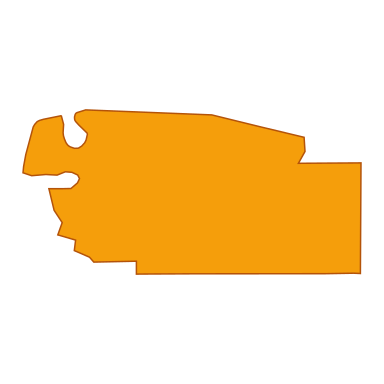 outline of Jefferson, Mississippi, United States of America
{"feature_id": "52423323B23830846230255", "entity_name": "Jefferson", "entity_type": "district", "adm_level": 2, "iso_a3": "USA", "parent_name": "United States of America", "parent_adm1": "Mississippi", "projection": "mercator", "projection_center": [-91.21, 31.74], "detail": "fine", "context": "isolated", "style": "filled", "palette": "amber", "viewbox_px": 384, "rotation_deg": 0, "n_neighbors": 0, "source": "geoboundaries", "source_scale": "gbopen_adm2", "svg_char_len": 894}
<svg xmlns="http://www.w3.org/2000/svg" viewBox="0 0 384 384"><path d="M48.9,188.7L54.1,210.3L62.2,222.6L57.8,234.9L75.6,240.1L74.3,250.6L89.5,257.2L93.8,262.1L136.4,261.2L136.4,274.1L150.6,274.0L192.8,273.8L324.9,273.7L353.5,273.2L360.4,273.5L360.7,218.3L361.0,162.9L298.4,163.3L305.0,151.5L304.1,137.3L261.5,127.1L211.8,114.9L85.7,109.9L77.0,112.6L75.8,113.4L75.2,114.4L74.5,117.0L74.6,119.2L75.0,120.5L75.8,121.7L78.7,124.9L87.1,133.1L87.4,134.2L86.1,140.0L84.7,142.8L81.7,146.1L78.3,148.2L74.4,148.3L70.3,146.9L68.5,145.8L67.4,144.7L65.9,142.5L64.4,138.8L63.5,135.9L63.1,132.8L63.6,124.4L61.4,116.0L60.7,115.8L43.4,119.3L39.6,120.4L37.2,121.6L34.7,124.4L33.2,127.0L25.8,154.5L23.6,166.5L23.0,172.8L31.7,175.7L45.9,174.5L49.2,174.7L57.1,175.1L65.3,171.8L71.9,172.3L77.7,175.0L79.5,178.6L77.5,182.9L71.0,188.5L62.3,188.7L48.9,188.7Z" fill="#f59e0b" stroke="#b45309" stroke-width="1.5"/></svg>